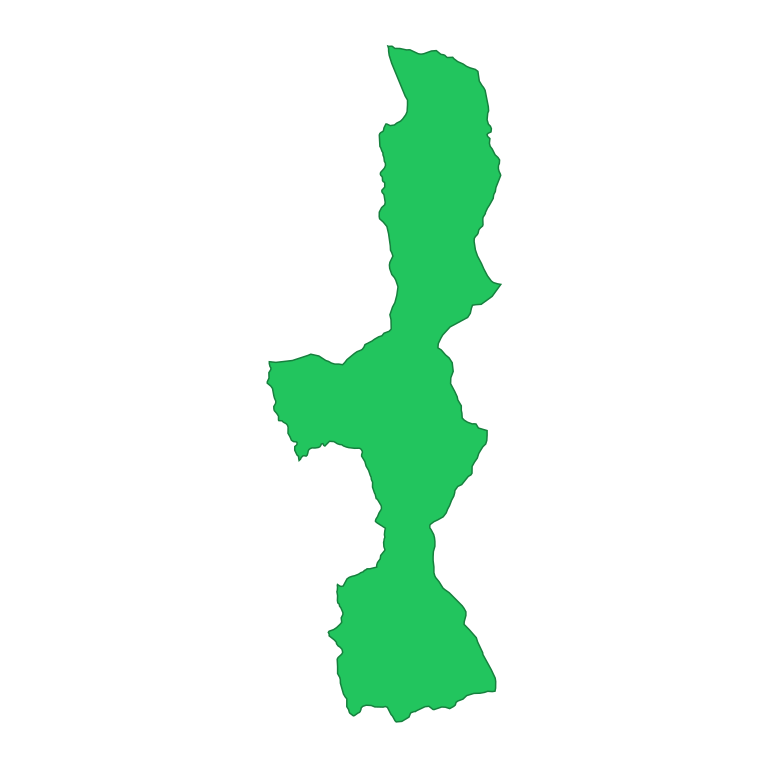 Geling, Chhukha, Bhutan
{"feature_id": "84629894B86670310826979", "entity_name": "Geling", "entity_type": "district", "adm_level": 2, "iso_a3": "BTN", "parent_name": "Bhutan", "parent_adm1": "Chhukha", "projection": "mercator", "projection_center": [89.474, 27.025], "detail": "fine", "context": "isolated", "style": "filled", "palette": "green", "viewbox_px": 768, "rotation_deg": 0, "n_neighbors": 0, "source": "geoboundaries", "source_scale": "gbopen_adm2", "svg_char_len": 6096}
<svg xmlns="http://www.w3.org/2000/svg" viewBox="0 0 768 768"><path d="M493.2,198.4L493.6,195.3L494.0,194.0L495.3,191.6L495.9,187.6L500.7,175.4L500.4,174.2L499.1,171.4L498.4,168.8L498.4,166.6L498.6,165.0L499.3,163.7L499.6,160.0L498.0,157.5L495.1,154.8L492.2,149.0L490.2,146.4L489.4,143.3L489.9,138.6L487.7,136.5L487.0,134.6L488.1,133.3L491.0,131.9L491.4,128.7L490.4,126.2L488.4,124.2L487.1,119.8L487.7,113.2L488.6,110.9L488.3,106.6L485.1,90.3L483.5,87.4L482.1,85.7L479.3,81.1L477.9,71.4L475.3,69.4L469.9,67.8L466.6,66.4L463.1,64.0L457.7,61.6L454.0,58.8L452.7,57.3L447.5,57.5L446.7,57.2L444.8,55.3L443.6,54.8L440.8,54.3L436.3,50.6L431.4,51.0L423.9,53.7L421.8,54.1L420.2,54.1L418.2,53.7L409.9,49.8L406.4,49.9L399.9,48.5L394.8,48.4L392.4,46.4L391.4,46.2L388.7,46.4L387.9,46.1L388.6,48.5L388.6,51.0L389.2,55.3L391.7,63.3L405.2,96.1L407.5,100.0L407.5,105.0L407.1,111.6L405.8,114.7L402.6,119.1L400.5,121.2L396.7,123.1L394.4,125.0L390.2,125.6L386.8,124.0L385.9,124.0L384.0,127.8L383.5,130.3L383.0,131.3L380.6,132.7L379.8,133.6L379.3,135.0L379.9,146.4L380.7,147.7L381.9,151.1L382.9,152.7L383.0,155.0L383.9,157.4L384.4,161.4L385.3,162.9L385.5,165.4L384.8,167.3L384.1,168.5L380.8,172.2L380.4,173.1L380.4,174.4L380.9,175.5L382.0,176.5L382.4,177.7L382.5,180.3L382.7,180.9L383.4,181.8L384.3,182.2L384.7,182.8L384.7,187.1L381.9,190.2L381.8,191.1L382.2,192.5L383.7,194.2L384.1,195.4L385.2,202.4L384.7,204.8L381.6,207.6L379.3,212.1L379.2,216.5L379.6,218.8L383.2,222.0L386.9,226.5L388.6,233.8L390.3,245.9L390.5,250.2L391.8,252.8L392.9,256.1L389.9,262.3L389.4,265.0L389.7,268.5L391.8,274.5L394.5,277.7L395.8,280.2L398.0,286.8L396.8,295.3L394.9,302.6L392.5,307.1L389.9,314.8L391.0,319.7L391.2,328.7L391.0,329.4L389.1,331.3L384.0,333.2L381.9,335.8L378.7,336.8L374.5,339.2L372.1,341.0L365.0,344.6L363.9,347.2L362.3,349.3L360.8,350.2L357.0,351.7L354.4,353.5L347.0,359.6L344.7,362.6L342.6,364.7L339.0,364.1L334.9,364.1L331.5,363.1L328.5,361.4L325.8,360.5L318.9,356.0L310.8,354.2L308.0,355.4L292.4,360.5L275.9,362.4L269.3,361.7L269.3,363.6L270.0,366.5L270.9,367.9L270.8,369.6L268.9,372.6L269.0,378.1L267.3,381.7L267.2,383.1L270.8,386.1L272.5,388.5L273.8,395.6L274.5,398.2L275.7,400.9L275.8,402.0L275.5,403.6L273.8,406.5L273.9,409.0L274.3,410.6L276.7,413.4L278.5,416.2L278.5,420.0L278.8,420.6L282.0,420.8L283.3,422.1L286.3,423.8L287.5,425.3L288.1,427.2L288.0,433.3L289.9,436.6L291.4,440.2L293.5,441.6L296.3,441.9L297.0,442.4L297.0,444.4L296.3,445.3L294.8,446.5L294.7,449.5L294.8,450.4L297.0,455.0L298.5,456.3L298.7,458.4L299.1,460.5L300.5,459.2L301.2,457.6L302.9,455.9L304.1,455.7L306.1,456.1L307.2,455.1L307.9,452.7L308.2,451.0L308.9,449.6L310.1,448.7L311.9,447.9L315.0,448.0L318.3,447.5L319.8,446.8L320.7,445.6L321.3,444.0L322.9,443.6L323.8,445.4L324.9,446.0L329.5,441.3L334.0,441.6L337.3,443.7L339.7,444.5L341.8,444.7L343.4,445.9L346.3,447.0L348.6,447.6L354.6,448.3L359.1,448.2L360.1,448.5L361.0,449.2L362.2,450.9L362.4,452.5L361.7,454.4L361.6,456.1L364.9,461.6L366.1,466.1L368.6,470.4L370.3,475.5L371.1,477.1L371.4,479.6L372.6,482.2L372.5,487.1L374.5,493.0L375.2,494.3L376.2,498.6L377.4,499.3L381.2,505.7L381.4,507.0L381.4,509.1L379.1,512.8L377.5,516.7L376.0,519.0L375.5,520.5L375.5,521.5L377.0,522.8L385.4,528.2L384.8,530.9L384.4,534.7L384.9,537.2L384.2,539.0L384.0,540.8L383.6,542.3L383.9,546.7L384.9,549.5L384.8,550.3L380.7,555.4L380.2,558.9L377.6,562.4L377.2,563.5L376.7,565.2L376.7,567.1L369.8,568.8L367.1,568.8L365.4,570.1L364.6,570.3L363.0,571.9L361.0,572.6L358.5,574.2L354.7,575.7L352.1,576.3L349.3,577.3L347.0,578.9L343.2,586.0L341.6,586.4L340.1,586.2L337.5,584.5L337.3,585.3L337.5,587.2L337.3,590.2L336.9,591.7L337.6,595.7L337.4,600.4L337.8,602.9L339.3,604.2L339.5,606.0L340.9,607.9L342.9,612.6L342.9,614.5L341.2,617.9L341.7,622.3L340.1,624.3L336.6,627.6L333.6,629.6L329.1,631.2L328.3,632.4L329.0,633.7L329.3,635.2L329.1,635.8L334.6,640.2L336.5,642.5L336.5,643.7L338.1,645.9L340.1,647.2L342.0,649.3L342.7,652.4L341.7,654.2L338.1,657.5L337.2,659.2L337.6,666.6L337.6,673.6L339.7,677.3L340.3,679.5L340.4,683.2L343.5,694.1L345.4,697.2L346.8,698.8L346.8,706.7L348.6,709.6L349.3,712.2L349.9,713.2L353.3,715.8L354.1,715.7L354.7,715.4L357.9,713.1L359.4,712.4L360.1,711.6L360.9,709.6L361.2,707.9L362.8,706.3L366.2,705.2L371.3,705.5L374.8,706.9L383.2,707.1L385.3,706.5L387.4,707.3L391.1,714.6L392.1,715.6L393.0,717.0L395.0,720.7L396.2,721.9L401.8,721.4L409.0,717.1L410.3,713.7L411.0,712.7L414.0,711.6L415.3,711.6L416.6,710.7L425.0,706.7L428.9,706.3L432.9,709.4L434.0,709.6L441.7,707.0L445.4,707.2L449.7,708.6L453.7,706.4L455.3,705.0L456.1,702.3L457.9,701.0L463.0,699.1L466.7,695.6L473.9,693.4L480.1,693.2L484.5,692.4L487.7,691.3L492.3,691.6L495.0,691.2L495.6,688.1L495.7,681.5L495.2,678.1L491.3,669.8L482.9,654.5L482.7,652.7L477.6,641.9L476.3,637.7L469.2,629.6L464.1,624.4L464.2,621.8L465.9,615.5L465.9,611.8L464.0,608.3L462.2,605.8L449.2,592.7L445.2,589.9L443.0,588.1L439.1,581.8L435.7,577.6L434.8,575.9L433.9,572.6L433.9,567.0L433.1,560.4L433.1,556.7L433.4,551.5L434.9,546.3L434.9,541.5L434.5,537.8L433.7,534.6L431.1,529.7L429.8,527.8L429.8,525.6L430.2,524.5L433.9,521.7L437.9,519.8L443.2,516.8L446.2,512.9L447.6,509.2L449.5,505.7L451.6,500.2L453.8,496.1L454.7,492.7L454.9,490.5L457.8,486.4L461.7,484.6L468.3,476.4L470.9,474.9L472.0,473.2L472.1,466.4L474.5,462.1L477.3,458.1L478.7,453.6L480.2,451.0L482.9,446.7L485.7,444.0L486.8,440.4L487.1,435.1L487.1,430.6L478.4,428.0L476.0,424.0L474.1,423.8L472.2,423.9L467.5,422.2L464.3,420.2L462.2,418.0L461.9,413.1L461.3,410.4L461.3,405.8L457.8,399.9L457.2,396.8L454.8,391.6L450.6,383.7L450.8,377.8L453.2,371.4L452.2,362.7L449.1,357.9L445.5,354.9L441.3,350.0L437.9,347.8L438.3,343.6L440.8,338.3L442.7,335.0L450.1,326.9L467.7,317.4L470.3,313.3L471.4,308.3L472.5,305.2L475.7,304.7L481.2,304.3L492.2,296.3L500.8,284.4L497.5,283.8L493.5,282.6L491.4,281.1L487.5,275.9L483.8,268.9L481.5,263.6L477.5,256.0L475.4,249.9L474.1,241.3L474.3,238.4L475.4,236.6L477.2,234.7L478.0,233.4L478.9,229.7L480.4,227.9L482.6,226.0L483.0,224.6L482.8,219.6L483.0,217.4L484.9,214.4L485.4,213.4L485.4,212.6L487.5,208.1L489.4,205.2L493.2,198.4Z" fill="#22c55e" stroke="#15803d" stroke-width="1.5"/></svg>